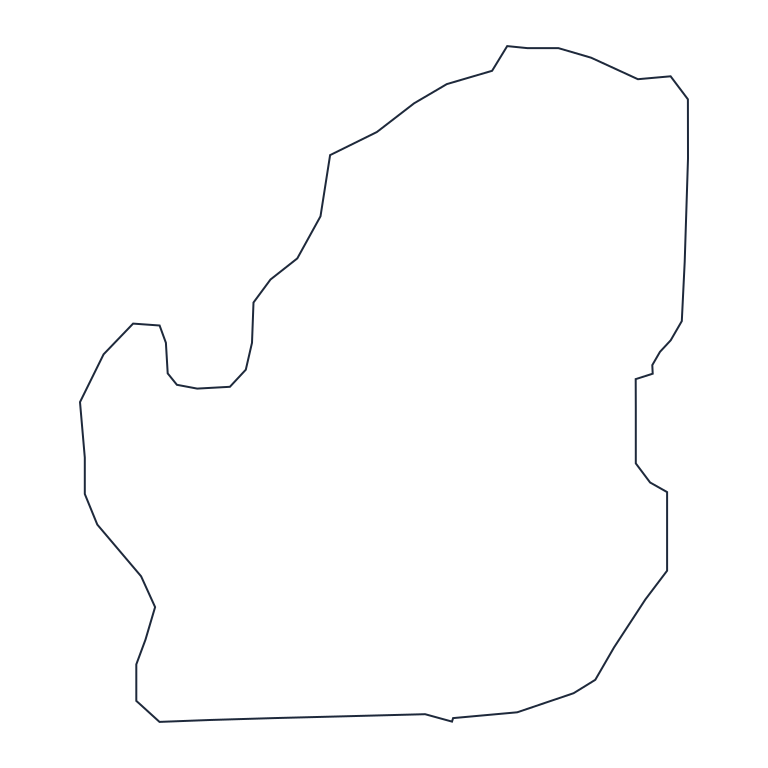 Zelenikovo, Robinson projection
{"feature_id": "MKD-2917", "entity_name": "Zelenikovo", "entity_type": "Statistical Region", "adm_level": 1, "iso_a3": "MKD", "parent_name": "North Macedonia", "parent_adm1": "", "projection": "robinson", "projection_center": [21.557, 41.818], "detail": "fine", "context": "isolated", "style": "outline", "palette": "slate", "viewbox_px": 768, "rotation_deg": 0, "n_neighbors": 0, "source": "natural_earth", "source_scale": "10m", "svg_char_len": 882}
<svg xmlns="http://www.w3.org/2000/svg" viewBox="0 0 768 768"><path d="M159.5,721.9L138.9,703.2L136.3,700.9L136.3,664.4L145.5,639.6L155.1,607.1L141.1,576.3L97.3,524.6L84.8,494.0L84.8,457.6L80.0,402.1L103.6,354.3L133.1,323.6L159.6,325.5L165.9,342.8L167.7,373.4L176.9,384.8L197.2,388.6L229.9,386.8L245.8,369.7L252.0,342.8L253.5,302.5L270.5,279.5L297.3,258.4L320.5,216.3L330.1,155.1L376.9,132.0L414.1,103.3L446.8,84.1L492.1,70.8L507.2,46.1L527.1,48.1L558.3,48.1L591.1,57.7L637.9,79.2L670.6,76.3L687.9,99.3L688.0,158.6L684.7,261.9L681.8,321.1L670.7,340.3L660.0,351.8L652.3,365.1L652.7,373.7L635.7,379.1L635.8,407.8L635.8,442.3L635.8,463.4L650.1,482.5L667.1,492.1L667.1,516.9L667.1,570.7L645.4,599.4L614.1,647.3L595.3,679.8L573.6,693.2L517.2,712.3L453.1,718.1L452.0,721.6L425.1,714.2L348.5,716.2L273.7,718.1L209.6,720.0L159.5,721.9Z" fill="none" stroke="#1e293b" stroke-width="2"/></svg>